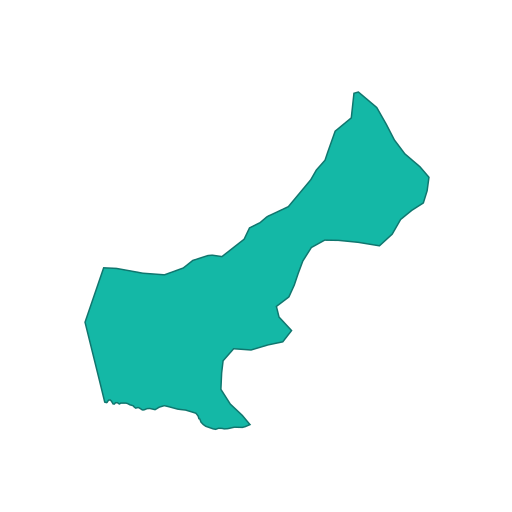 Mayo-Lemié, Mayo-Kebbi Est, Chad (Robinson projection), rotated 290°
{"feature_id": "50815135B13713715101650", "entity_name": "Mayo-Lemié", "entity_type": "district", "adm_level": 2, "iso_a3": "TCD", "parent_name": "Chad", "parent_adm1": "Mayo-Kebbi Est", "projection": "robinson", "projection_center": [15.282, 10.859], "detail": "fine", "context": "isolated", "style": "filled", "palette": "teal", "viewbox_px": 512, "rotation_deg": 290, "n_neighbors": 0, "source": "geoboundaries", "source_scale": "gbopen_adm2", "svg_char_len": 1947}
<svg xmlns="http://www.w3.org/2000/svg" viewBox="0 0 512 512"><g transform="rotate(290 256 256)"><path d="M192.8,116.9L135.3,118.0L83.5,152.8L67.0,163.8L66.9,164.1L67.0,164.5L67.1,165.7L67.4,165.9L67.5,166.1L70.0,166.7L70.9,168.2L70.6,168.8L70.2,169.7L68.1,172.3L68.2,172.6L68.4,173.5L69.1,173.8L70.1,174.2L70.5,175.3L70.8,175.9L70.4,177.2L70.2,178.2L71.1,179.0L71.5,179.2L73.2,183.8L73.4,185.2L73.4,185.9L73.0,188.8L73.2,189.6L73.2,190.7L73.2,191.4L73.2,192.1L72.7,192.6L71.9,194.9L72.0,195.1L72.2,195.4L73.3,197.0L73.3,197.8L73.3,198.0L73.3,198.3L72.8,200.5L72.7,200.9L72.6,201.1L72.6,201.5L72.6,202.3L72.8,202.7L72.9,202.8L73.1,203.3L73.7,204.1L74.1,204.5L74.3,204.7L75.3,205.8L76.4,208.3L77.1,213.7L78.4,214.8L80.9,216.8L83.1,219.8L84.0,221.0L84.4,224.2L84.6,226.1L85.3,234.6L85.9,237.4L87.0,241.9L87.2,242.9L87.2,243.6L87.5,248.6L87.7,253.3L87.1,254.3L86.0,256.1L85.1,256.9L83.6,258.0L83.6,258.3L83.6,258.5L83.5,259.1L82.3,260.1L81.1,261.1L79.6,264.1L78.8,267.0L78.9,274.9L79.2,276.4L79.3,277.3L81.3,279.7L82.0,281.7L82.4,283.1L82.7,285.3L84.1,288.5L85.3,290.4L87.2,293.4L87.7,294.2L88.0,295.0L89.9,300.7L90.0,301.0L90.2,301.7L90.9,302.7L92.0,304.3L92.7,305.0L93.7,306.1L95.5,308.0L101.5,297.7L108.1,282.4L118.7,268.6L134.4,263.7L146.3,260.9L161.2,266.7L166.0,283.5L176.5,297.6L184.5,310.5L198.1,314.9L206.5,298.5L215.6,292.4L228.8,300.9L241.7,301.9L254.0,301.6L267.3,301.7L282.9,305.1L294.4,315.1L298.9,328.1L303.8,347.3L307.8,368.5L323.1,376.5L339.8,379.4L352.1,386.7L363.1,395.1L375.8,394.5L389.1,391.6L395.9,379.6L402.9,360.9L412.4,346.3L424.3,333.4L436.8,318.7L445.1,296.1L442.4,292.4L418.4,298.3L400.4,287.7L378.2,287.9L369.6,288.1L357.4,283.3L346.4,281.4L313.4,269.5L299.2,255.4L298.1,254.2L296.3,252.7L292.6,250.6L288.4,248.2L287.7,247.4L280.2,240.3L267.7,239.1L243.8,224.2L241.8,214.6L240.0,210.7L230.2,198.1L219.9,191.8L207.0,176.4L201.1,155.5L196.6,129.1L192.8,116.9Z" fill="#14b8a6" stroke="#0f766e" stroke-width="1.5"/></g></svg>